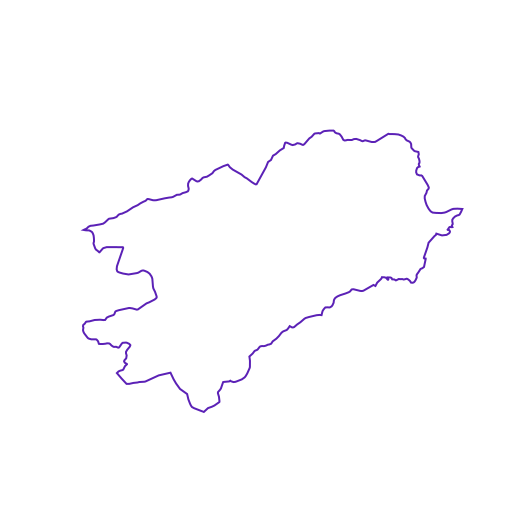 the district of Cam Thuy, Thanh Hóa, Vietnam, rotated 295°
{"feature_id": "81297802B68109668722051", "entity_name": "Cam Thuy", "entity_type": "district", "adm_level": 2, "iso_a3": "VNM", "parent_name": "Vietnam", "parent_adm1": "Thanh Hóa", "projection": "mercator", "projection_center": [105.467, 20.205], "detail": "fine", "context": "isolated", "style": "outline", "palette": "violet", "viewbox_px": 512, "rotation_deg": 295, "n_neighbors": 0, "source": "geoboundaries", "source_scale": "gbopen_adm2", "svg_char_len": 6121}
<svg xmlns="http://www.w3.org/2000/svg" viewBox="0 0 512 512"><g transform="rotate(295 256 256)"><path d="M92.6,274.6L97.9,276.8L100.6,279.6L102.9,281.5L108.1,284.5L108.9,284.3L112.8,281.9L115.5,279.5L116.2,279.2L116.7,279.1L119.4,279.9L121.1,280.2L127.8,279.5L128.3,280.1L131.0,284.7L132.1,285.4L131.9,286.2L132.2,288.8L133.0,290.2L133.9,291.2L138.2,295.3L141.2,297.0L142.8,297.4L145.8,297.7L151.7,297.6L152.8,297.4L158.5,294.8L162.1,292.5L166.2,294.2L169.1,294.8L169.7,295.1L171.3,296.6L172.0,297.0L175.1,297.7L175.9,298.1L176.8,299.3L177.7,301.3L178.3,302.1L179.0,302.9L180.6,304.2L181.5,305.5L182.9,306.8L185.7,307.2L189.7,309.4L193.1,310.6L196.8,311.4L198.5,312.1L199.5,312.8L201.9,315.1L203.7,315.7L206.7,316.2L206.5,318.6L206.8,319.6L207.7,320.6L211.3,322.2L214.7,324.2L219.6,326.4L220.8,327.2L223.1,329.8L228.0,336.0L229.5,338.6L230.1,340.4L233.0,339.8L234.4,339.6L236.0,339.8L237.9,340.3L238.7,340.6L239.7,342.5L240.4,344.3L240.8,344.8L242.3,345.8L243.6,346.1L246.4,346.1L248.9,345.3L250.1,345.3L251.6,345.6L253.8,346.9L256.0,348.8L259.8,352.9L262.4,355.4L263.6,356.2L266.0,356.8L266.4,357.2L267.1,358.5L268.4,365.2L269.0,366.8L269.9,368.0L279.4,374.7L279.3,376.9L283.1,377.1L287.9,379.0L288.9,379.2L290.0,379.1L291.0,381.5L291.2,383.1L290.2,385.4L290.4,385.8L290.7,385.8L291.8,384.5L292.2,384.3L293.3,386.8L293.4,388.0L292.4,389.3L293.2,391.3L293.0,393.1L294.3,394.2L295.5,395.1L296.0,396.6L296.9,398.3L297.1,399.8L297.7,400.6L299.1,402.2L299.2,403.1L298.8,405.0L298.4,406.2L297.4,407.7L297.8,409.0L298.4,409.8L299.1,410.3L300.1,410.6L301.5,410.8L304.3,410.8L306.5,409.6L308.2,409.7L309.3,410.0L313.8,410.6L315.2,411.9L317.1,412.9L325.2,411.0L325.4,410.8L324.9,409.9L324.9,409.4L325.1,409.0L325.6,408.8L336.2,407.7L341.0,406.8L349.7,409.4L350.9,410.1L352.5,410.0L353.2,415.5L353.4,416.1L355.7,419.8L358.3,421.5L359.8,421.6L360.2,421.4L360.9,420.6L361.2,419.9L360.7,418.9L360.8,418.6L363.5,419.0L364.0,419.2L364.4,420.0L365.0,421.5L365.2,421.8L366.4,420.6L368.0,420.8L368.9,420.3L370.4,419.2L371.8,418.6L373.5,418.8L375.9,419.7L377.9,421.3L378.7,422.4L379.7,423.0L382.7,423.2L385.8,423.1L384.0,418.5L382.1,414.9L380.8,413.5L376.3,409.9L375.0,408.5L373.2,405.8L371.0,400.6L370.0,397.7L370.2,395.8L370.7,394.5L371.9,392.3L374.3,389.1L376.8,386.7L379.6,384.5L381.7,383.6L385.2,383.8L387.6,383.3L389.6,383.9L390.4,383.9L391.2,383.6L393.0,381.5L398.8,372.8L398.9,371.6L398.3,370.6L398.1,369.4L398.0,367.4L399.5,365.8L401.2,365.1L403.7,364.8L404.9,365.2L406.2,366.5L407.2,365.3L407.9,364.8L408.6,364.6L409.5,364.8L411.1,364.1L413.0,362.6L414.2,361.1L414.9,360.8L417.1,360.5L418.9,359.2L418.1,355.5L418.2,354.8L419.5,351.5L420.0,350.9L423.0,349.3L423.7,348.5L424.2,347.7L424.5,346.8L424.5,343.6L425.2,341.9L425.9,341.1L426.5,339.2L426.6,336.7L426.3,333.7L425.0,330.0L422.9,325.4L422.7,324.3L411.1,316.7L409.7,315.7L408.8,314.0L408.2,312.6L407.1,306.4L406.7,305.7L405.1,304.2L404.9,303.0L405.0,301.5L404.5,297.4L403.3,295.3L401.7,293.9L399.7,289.6L398.7,288.5L398.1,287.3L398.2,286.0L400.4,283.1L401.7,280.5L401.8,279.3L401.3,277.3L401.3,276.1L401.5,275.1L402.2,274.2L402.4,273.3L400.7,269.6L398.0,265.0L397.0,264.1L394.1,262.3L393.9,261.8L394.0,261.1L392.0,257.7L391.4,257.2L387.5,256.0L385.1,254.6L378.0,252.6L376.8,252.0L376.4,251.2L376.4,248.5L375.8,246.0L375.4,245.5L373.6,244.3L372.0,242.3L371.8,240.8L371.8,236.6L371.4,235.0L370.9,234.6L368.0,234.9L365.6,235.5L361.8,233.0L356.7,230.8L354.1,229.0L349.4,229.0L346.3,227.2L340.6,227.5L321.3,226.2L320.8,225.5L320.8,224.0L321.2,220.9L322.5,214.8L322.6,212.4L323.7,208.5L324.5,198.4L325.4,194.8L326.8,192.3L326.9,191.8L323.7,188.5L316.8,182.8L315.2,182.0L312.6,181.5L309.3,179.5L307.1,178.0L305.2,175.4L304.2,174.6L302.0,173.9L299.7,172.7L298.8,171.5L298.6,170.4L299.2,165.7L299.2,165.3L298.4,164.7L296.6,164.1L294.6,163.8L292.9,163.9L290.8,164.8L288.8,166.4L287.9,166.8L286.6,167.0L285.8,166.9L284.1,165.4L282.0,162.9L279.8,161.4L279.3,160.8L278.0,158.4L274.6,155.9L273.6,154.8L272.2,152.5L269.7,148.9L264.4,142.0L263.5,140.3L263.0,139.0L262.2,134.6L261.8,133.6L261.4,133.3L259.8,132.8L259.0,132.3L257.7,131.1L254.8,128.9L252.1,127.3L248.2,124.0L241.9,120.2L237.7,116.6L237.0,115.5L235.8,114.3L234.2,113.6L232.9,113.3L232.0,112.7L230.1,110.8L227.7,107.1L227.1,106.7L222.6,104.9L220.7,103.8L218.6,101.1L215.0,95.9L213.4,93.2L211.7,91.8L210.0,91.2L208.6,90.4L207.7,89.5L206.8,88.8L207.3,90.7L208.7,94.1L208.6,96.1L208.3,97.5L207.4,98.7L206.0,100.1L204.1,101.3L202.1,102.4L200.5,103.1L199.0,103.3L198.2,103.8L195.0,107.0L194.2,108.2L193.7,110.5L193.1,112.4L193.2,112.6L197.7,113.9L198.6,114.3L201.0,117.0L207.7,131.6L207.5,132.0L206.9,132.3L188.0,134.3L185.1,135.3L183.7,136.5L183.3,137.2L183.3,139.0L183.9,142.9L185.4,148.3L190.2,155.3L191.2,156.4L194.0,158.3L194.8,159.1L195.3,160.1L195.5,161.3L195.6,164.4L195.0,167.1L193.4,169.8L192.5,170.8L191.5,171.7L184.8,175.5L183.2,176.7L180.9,179.6L177.4,183.0L176.4,183.5L175.6,183.4L173.7,182.5L168.8,178.7L166.8,176.8L157.6,171.5L157.0,170.6L156.3,166.2L155.6,163.8L155.1,162.7L149.0,154.7L147.2,152.7L146.4,152.1L145.7,152.0L143.7,152.2L142.8,152.0L142.2,151.7L138.9,148.2L137.1,146.8L134.3,146.3L133.5,144.9L132.4,141.7L129.8,136.8L126.4,132.7L124.8,130.0L124.3,129.7L122.3,129.4L120.6,128.6L119.9,128.7L119.2,128.9L118.0,129.9L115.8,130.5L114.5,131.5L113.3,133.0L110.9,137.6L110.5,138.7L110.5,139.6L110.9,142.1L112.8,146.1L112.9,146.7L112.5,147.8L111.9,149.0L110.0,150.7L110.0,151.0L111.4,154.2L113.0,156.8L113.9,157.9L114.7,159.9L114.6,160.9L113.8,162.9L113.5,165.0L113.6,165.7L114.6,167.6L114.7,169.8L115.0,170.3L115.4,170.6L120.0,171.4L121.0,171.9L122.5,174.6L122.8,175.5L122.8,178.1L122.3,179.6L121.8,179.9L120.4,179.9L116.5,178.9L114.2,178.7L112.9,179.3L111.2,180.8L108.8,181.5L108.3,181.6L106.2,180.9L105.0,180.9L104.6,181.1L103.8,182.3L103.6,184.6L103.3,184.8L100.8,183.8L96.9,183.7L95.9,182.9L94.8,181.5L93.3,180.2L91.1,179.4L88.2,185.8L85.4,192.7L86.5,195.1L89.2,198.6L91.3,202.1L92.4,203.4L94.9,208.0L95.5,208.8L106.7,218.3L114.1,227.8L109.4,233.5L106.7,237.4L103.4,243.3L101.8,251.9L97.5,255.3L94.3,258.6L93.0,260.2L92.1,261.7L91.9,264.1L92.6,274.6Z" fill="none" stroke="#5b21b6" stroke-width="2"/></g></svg>